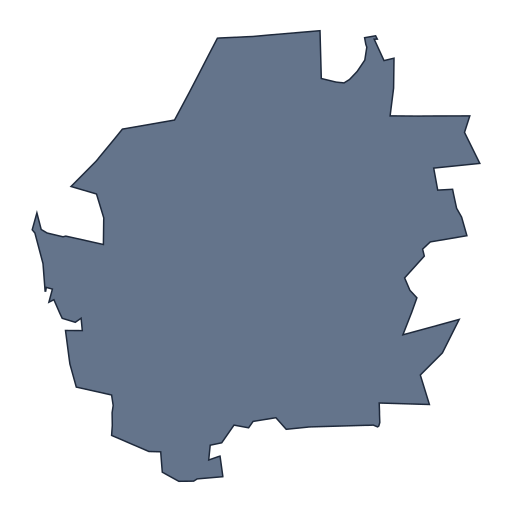 outline of Cumpas, Sonora, Mexico
{"feature_id": "50627088B14847399319880", "entity_name": "Cumpas", "entity_type": "district", "adm_level": 2, "iso_a3": "MEX", "parent_name": "Mexico", "parent_adm1": "Sonora", "projection": "albers", "projection_center": [-109.812, 30.065], "detail": "fine", "context": "isolated", "style": "filled", "palette": "slate", "viewbox_px": 512, "rotation_deg": 0, "n_neighbors": 0, "source": "geoboundaries", "source_scale": "gbopen_adm2", "svg_char_len": 1752}
<svg xmlns="http://www.w3.org/2000/svg" viewBox="0 0 512 512"><path d="M461.6,217.1L456.6,208.3L453.6,194.4L452.6,189.3L437.7,190.1L433.7,168.1L454.3,166.0L479.8,163.4L464.5,132.4L469.8,115.9L425.6,116.0L419.0,116.1L394.5,115.9L390.1,115.9L393.6,88.2L394.0,58.2L384.0,60.6L374.2,39.2L377.3,39.1L375.6,35.8L364.6,37.7L365.8,44.3L366.8,47.2L364.8,60.1L357.2,71.4L349.5,79.5L345.0,82.3L344.1,82.9L342.8,82.8L341.5,82.6L341.1,82.6L340.9,82.6L336.1,82.1L321.3,78.5L320.0,30.7L270.2,34.9L252.8,36.5L247.5,36.7L247.4,36.7L236.1,37.3L234.8,37.3L219.5,38.0L217.4,38.2L208.8,54.7L198.2,75.3L189.2,92.6L174.5,120.1L172.8,120.3L172.5,120.4L122.4,129.1L113.9,139.6L113.4,140.2L98.6,158.1L97.8,159.2L96.0,161.3L71.0,186.5L96.5,194.0L103.8,218.0L103.7,220.7L103.4,244.5L65.8,236.1L63.0,236.8L47.1,233.0L41.2,229.5L36.9,212.9L32.2,229.8L34.9,233.0L43.0,263.6L45.1,291.1L45.7,291.1L46.3,287.4L52.4,289.1L48.9,302.2L53.9,299.7L59.7,313.0L62.2,318.3L75.3,322.3L81.1,318.2L82.3,330.6L65.5,330.5L69.0,357.5L69.9,364.0L76.3,387.1L111.6,395.0L113.1,405.0L113.2,405.4L112.1,412.7L112.3,425.5L111.6,435.4L113.4,436.2L148.9,451.5L160.7,451.8L161.3,459.8L162.3,472.2L178.8,481.3L189.7,481.2L193.7,481.1L197.2,478.9L222.8,476.7L222.8,476.1L220.1,456.6L220.0,456.1L218.1,456.7L208.7,460.0L210.2,445.2L221.7,442.8L234.0,425.1L248.6,427.8L253.1,421.4L275.9,417.7L286.2,429.3L307.0,427.2L308.6,427.0L310.5,426.9L365.9,425.3L368.1,425.3L368.3,425.3L373.3,425.1L377.6,426.9L378.8,426.0L379.8,422.5L379.5,414.3L379.5,411.8L379.2,403.0L429.4,404.5L420.3,375.0L442.4,352.9L459.2,319.4L426.1,328.5L402.9,334.8L410.8,314.6L411.5,312.9L416.9,297.8L409.9,290.3L404.6,277.9L424.3,256.1L422.6,249.1L430.3,241.9L466.9,235.7L461.6,217.1Z" fill="#64748b" stroke="#1e293b" stroke-width="1.5"/></svg>